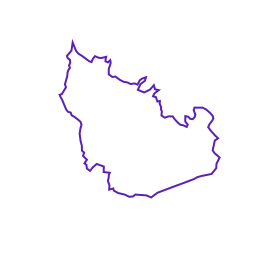 the district of Riozinho, Rio Grande do Sul, Brazil, rotated 306°
{"feature_id": "56859067B78422822608746", "entity_name": "Riozinho", "entity_type": "district", "adm_level": 2, "iso_a3": "BRA", "parent_name": "Brazil", "parent_adm1": "Rio Grande do Sul", "projection": "natural_earth1", "projection_center": [-50.384, -29.607], "detail": "fine", "context": "isolated", "style": "outline", "palette": "violet", "viewbox_px": 256, "rotation_deg": 306, "n_neighbors": 0, "source": "geoboundaries", "source_scale": "gbopen_adm2", "svg_char_len": 1905}
<svg xmlns="http://www.w3.org/2000/svg" viewBox="0 0 256 256"><g transform="rotate(306 128 128)"><path d="M187.5,189.5L188.4,186.0L188.9,180.8L188.4,176.5L185.4,172.4L183.6,169.8L181.1,170.6L178.4,174.6L175.9,175.5L173.2,175.2L172.0,173.0L172.5,170.1L171.3,167.4L166.9,170.5L165.8,174.4L163.4,174.9L162.6,170.9L161.4,168.5L161.7,164.9L162.6,160.4L163.7,157.4L161.2,153.9L158.0,151.8L157.8,147.7L161.4,145.6L162.6,143.5L164.4,142.5L166.2,139.4L168.6,137.9L166.7,136.2L169.4,132.4L168.4,129.6L171.3,129.0L176.7,130.6L175.2,127.1L177.8,123.8L171.9,123.2L166.3,120.2L165.4,116.7L164.7,113.5L170.8,112.3L176.1,113.9L179.6,112.7L176.3,110.4L173.6,109.5L168.7,110.2L167.9,107.1L165.1,104.3L164.6,101.0L162.8,97.3L162.2,93.4L162.2,87.7L160.1,85.3L160.1,80.9L164.5,77.7L167.9,76.7L170.7,75.6L172.4,73.8L169.3,73.2L168.7,70.6L170.6,69.4L172.7,68.5L169.0,65.3L167.6,63.1L166.7,59.1L163.5,58.9L159.9,59.7L159.2,57.3L159.3,48.6L159.0,44.1L159.9,40.6L164.6,33.0L157.3,36.8L150.4,36.2L149.1,38.2L149.0,41.1L146.8,42.9L143.8,43.6L142.5,45.7L140.3,45.6L137.5,46.4L134.0,48.5L130.3,49.8L126.3,51.3L124.4,53.9L119.5,54.3L116.5,54.5L114.7,53.2L113.3,55.4L111.9,58.5L108.0,64.8L106.5,67.3L105.9,70.1L106.8,72.6L105.2,74.8L105.5,78.4L105.4,82.6L105.1,85.9L103.3,88.5L100.3,89.5L95.0,92.2L89.7,97.2L86.7,100.9L82.6,104.1L82.3,107.0L79.0,108.0L78.6,110.8L78.2,113.4L73.8,113.5L73.8,116.0L71.1,118.5L71.0,122.5L75.2,122.6L80.5,123.8L82.6,131.1L78.1,134.2L81.1,139.6L79.0,140.0L76.1,141.7L73.3,142.9L70.9,146.5L67.1,149.0L70.4,151.6L69.0,153.4L69.6,158.3L72.2,164.5L73.1,169.4L75.5,172.3L78.4,173.0L84.3,182.5L85.4,187.5L93.1,190.0L105.9,198.4L120.9,208.4L126.0,211.7L128.9,212.9L132.3,215.6L139.9,222.6L147.3,223.0L151.1,220.6L158.0,219.5L158.5,212.9L159.7,209.6L168.9,205.6L172.6,206.9L173.1,203.0L174.4,196.7L175.9,192.3L179.1,191.7L183.7,191.8L185.8,191.5L187.5,189.5Z" fill="none" stroke="#5b21b6" stroke-width="2"/></g></svg>